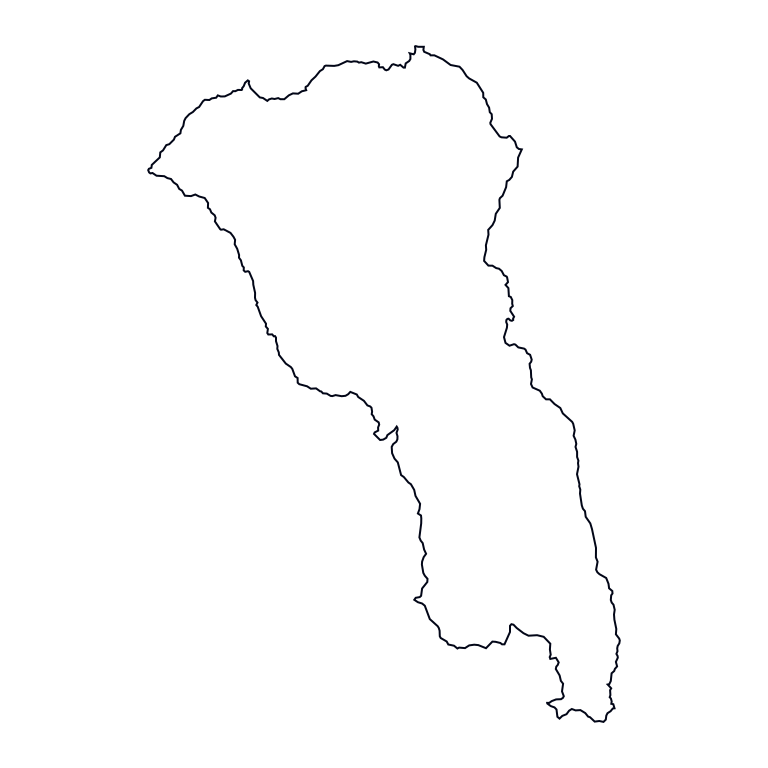 Paruro, Cusco, Peru
{"feature_id": "86281439B31235431009642", "entity_name": "Paruro", "entity_type": "district", "adm_level": 2, "iso_a3": "PER", "parent_name": "Peru", "parent_adm1": "Cusco", "projection": "natural_earth1", "projection_center": [-71.904, -13.936], "detail": "fine", "context": "isolated", "style": "outline", "palette": "ink", "viewbox_px": 768, "rotation_deg": 0, "n_neighbors": 0, "source": "geoboundaries", "source_scale": "gbopen_adm2", "svg_char_len": 6035}
<svg xmlns="http://www.w3.org/2000/svg" viewBox="0 0 768 768"><path d="M521.8,149.4L518.9,149.0L516.8,147.3L515.0,141.6L510.0,136.0L508.9,136.0L506.7,137.7L501.4,137.3L499.6,136.4L490.5,124.1L490.3,122.8L492.0,118.8L491.7,114.2L489.8,112.2L489.1,107.6L487.0,104.1L485.8,99.5L483.3,97.3L483.2,92.8L476.8,82.7L469.1,78.4L466.6,76.2L462.6,70.0L459.5,66.7L450.6,65.0L443.0,59.4L434.3,55.3L430.5,55.3L429.8,54.2L424.2,51.8L423.4,49.9L423.8,46.8L418.2,46.8L415.7,46.1L415.0,46.4L415.4,49.5L414.9,52.8L413.7,54.3L409.7,53.3L410.4,54.8L410.4,59.0L409.2,61.0L405.7,63.4L404.9,67.6L403.5,67.6L400.2,64.8L398.1,65.8L393.4,64.2L391.9,64.8L388.5,69.5L386.3,70.3L384.8,69.6L382.9,67.2L379.3,67.4L378.8,66.2L379.1,64.3L377.6,62.5L373.4,61.5L365.8,63.6L361.3,62.2L358.9,62.6L357.3,61.6L353.9,61.3L351.1,61.9L347.1,61.1L338.3,65.2L334.2,65.9L325.9,65.6L324.6,66.1L322.9,69.2L319.9,71.1L315.5,76.6L311.5,80.3L307.7,85.8L305.7,86.9L305.5,88.0L306.2,90.2L301.8,91.3L298.2,93.7L292.9,93.4L288.9,95.3L284.3,99.2L280.4,99.2L278.2,98.1L274.6,99.0L271.8,98.5L269.0,99.4L267.3,100.9L263.0,98.0L259.8,97.4L250.7,88.3L248.7,83.5L249.1,81.3L247.8,80.4L245.1,82.7L243.7,86.2L242.1,88.2L242.1,89.6L241.5,90.0L238.0,89.9L235.3,91.2L233.1,91.1L230.9,93.6L224.8,96.4L220.8,96.5L217.8,95.4L216.2,97.7L211.7,98.4L209.4,100.0L204.8,99.8L203.0,101.2L199.1,107.0L196.4,108.4L192.9,112.0L189.3,114.2L185.6,118.1L184.2,120.9L183.3,125.9L180.9,129.9L180.4,133.3L175.0,136.8L173.9,139.6L169.3,144.2L166.3,145.1L163.0,150.4L160.3,152.4L159.8,157.4L151.8,164.9L151.4,167.8L148.9,168.8L148.2,170.1L149.1,172.4L150.4,173.4L152.5,173.0L156.5,175.7L164.3,176.2L167.4,178.1L171.0,179.0L173.6,182.4L177.1,184.8L179.2,188.9L182.0,190.6L184.9,195.7L191.0,196.1L195.3,194.5L199.2,196.5L204.7,198.0L208.1,203.0L207.9,207.8L210.0,209.3L211.3,212.5L214.7,215.3L215.6,217.8L214.9,221.4L220.2,229.2L221.0,229.7L223.7,229.3L230.5,232.9L233.5,236.8L235.1,239.8L234.7,244.3L237.2,248.8L239.1,255.0L239.0,257.7L240.9,260.3L242.3,265.8L243.8,267.4L243.7,270.4L245.2,271.8L248.0,271.2L249.2,271.9L253.1,281.0L253.3,284.7L255.1,292.9L255.0,297.7L255.6,300.2L257.5,302.6L256.3,305.0L257.7,306.7L261.1,316.2L266.0,323.7L265.8,326.5L267.9,328.9L267.3,333.0L268.3,334.5L272.2,334.4L273.8,336.3L275.0,336.1L276.0,337.6L276.0,341.2L277.5,346.0L277.3,348.9L278.8,352.4L279.0,354.9L285.8,363.6L290.9,367.1L292.3,368.9L295.0,376.3L297.6,378.0L297.7,382.7L299.3,384.2L307.1,386.3L310.8,388.7L316.1,388.4L320.1,391.3L321.3,391.5L322.9,393.3L326.8,393.6L330.6,395.9L332.3,396.1L335.6,395.1L341.7,396.2L345.5,395.8L348.2,394.2L350.3,391.9L356.8,394.5L358.2,397.0L363.9,400.8L367.4,405.4L370.3,406.5L371.5,407.8L372.1,411.7L371.7,414.2L373.5,416.3L374.7,419.6L378.7,422.4L379.2,424.6L378.1,427.4L378.2,430.6L374.7,432.4L374.0,433.9L380.1,440.0L383.2,439.6L386.3,437.8L387.4,435.1L394.2,430.2L396.7,426.6L397.4,427.7L397.7,429.5L396.5,432.9L397.5,436.2L397.4,439.3L396.3,441.7L393.2,444.1L391.7,446.9L392.1,453.2L394.5,458.6L397.8,462.4L401.1,475.1L403.8,477.0L408.4,482.5L410.9,484.2L414.2,489.9L415.5,495.9L420.1,503.8L419.5,509.2L417.9,513.5L421.0,515.5L421.3,518.4L421.2,523.4L419.4,537.4L420.7,540.6L422.7,543.1L424.1,549.5L426.1,553.8L423.7,557.1L422.1,561.6L421.9,564.6L423.3,572.9L424.8,575.7L427.5,578.8L427.3,582.0L422.1,588.5L421.1,595.8L419.7,597.1L415.7,597.8L414.3,599.8L417.9,602.2L422.1,603.5L424.8,605.7L429.8,619.1L437.7,626.2L438.8,628.0L439.6,630.7L439.8,636.3L440.7,638.0L446.7,641.5L448.3,644.5L454.0,645.7L457.4,648.5L459.1,647.6L465.0,648.1L469.2,645.4L474.2,644.7L478.3,645.1L486.0,648.2L492.4,641.6L495.5,641.8L500.4,643.0L502.0,644.3L504.5,644.3L510.0,632.0L510.0,625.8L511.4,624.2L513.5,624.7L516.7,628.0L523.5,633.2L528.5,635.7L537.1,635.2L543.7,636.8L550.3,643.7L549.9,649.5L550.7,654.7L549.7,657.1L550.3,658.9L555.9,657.8L558.7,662.4L557.7,665.0L556.3,666.6L555.8,669.0L559.6,675.4L560.9,680.9L563.1,683.7L562.0,691.4L563.8,696.2L562.9,697.9L561.0,699.2L556.1,699.4L551.7,701.1L549.2,702.9L547.2,702.9L547.3,703.5L550.8,706.1L554.5,707.4L556.5,709.5L557.4,716.8L559.5,718.6L562.3,715.9L566.5,714.2L569.1,710.7L571.8,709.0L575.6,710.4L580.4,710.1L585.3,713.1L588.1,716.6L590.0,717.2L594.7,721.6L599.3,721.0L603.5,721.9L605.8,719.6L606.3,715.6L607.5,713.2L610.6,711.2L612.8,708.5L614.5,708.3L613.3,704.2L611.3,703.8L611.7,701.5L610.9,698.5L609.7,697.2L610.4,695.1L610.1,690.2L611.2,688.3L607.7,684.5L609.3,684.1L610.8,681.0L611.6,673.3L614.2,671.0L614.9,668.9L617.1,666.4L615.9,661.9L617.8,657.7L617.6,656.0L616.4,653.9L617.5,651.2L617.2,648.3L617.7,645.9L619.3,643.4L619.8,640.5L619.2,638.6L615.9,634.3L616.3,629.0L614.4,619.7L614.0,614.5L614.7,609.8L613.5,604.7L611.7,602.6L610.8,600.0L611.2,595.3L612.5,593.5L612.3,591.0L609.1,588.3L608.5,583.8L606.2,578.0L599.5,574.2L597.4,572.3L596.1,569.7L597.6,561.7L595.9,557.4L596.0,547.9L592.0,529.1L590.3,523.4L585.7,516.8L585.0,511.2L582.9,508.7L581.8,505.4L580.0,493.6L580.3,489.6L579.2,486.2L579.5,484.3L577.0,474.2L578.5,466.7L578.0,463.1L578.4,460.7L577.1,457.0L577.1,451.8L575.5,446.9L576.3,443.9L575.4,439.6L573.6,435.8L574.7,430.4L573.2,423.8L572.2,421.9L562.8,413.4L560.3,408.0L554.5,404.0L549.9,399.3L546.0,399.3L542.7,396.2L541.9,393.7L539.8,390.7L532.6,387.5L531.0,384.0L531.9,379.3L531.2,377.4L530.9,370.3L530.0,367.9L529.6,363.8L531.2,361.7L531.7,359.6L530.1,354.8L527.1,353.2L525.5,349.6L524.1,348.6L518.3,347.4L515.4,344.6L514.0,344.2L509.5,345.7L505.5,342.9L504.0,337.1L506.9,327.8L507.2,324.6L506.2,322.0L506.4,320.0L507.4,318.9L508.6,318.7L510.3,320.4L511.9,320.8L513.2,320.0L513.1,318.6L514.1,316.7L510.3,310.9L510.5,308.3L512.8,306.0L512.2,303.8L512.3,300.1L510.8,297.0L508.9,296.2L508.4,288.1L505.5,284.9L508.0,282.1L507.1,277.4L506.7,276.6L503.9,275.2L501.7,271.0L499.0,268.7L496.2,268.1L492.5,265.7L488.4,265.6L484.1,260.9L484.4,257.2L486.2,249.8L485.9,245.3L488.5,234.7L488.2,229.9L492.5,225.1L494.7,220.6L495.8,213.8L499.8,207.9L499.4,199.8L499.9,198.2L502.6,195.7L506.1,187.2L506.8,181.3L509.3,179.9L511.9,176.9L513.2,171.6L517.6,166.6L518.1,157.6L521.8,149.4Z" fill="none" stroke="#020617" stroke-width="2"/></svg>